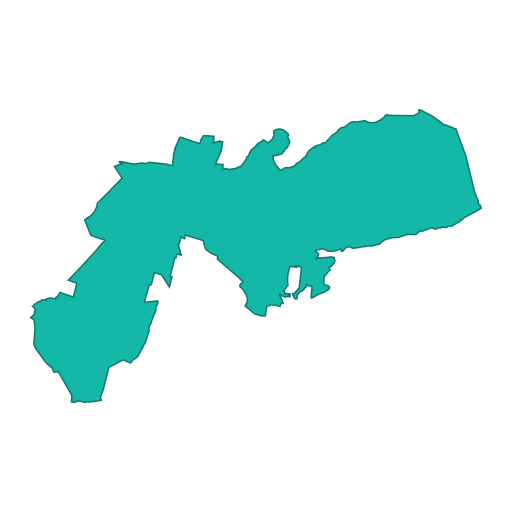 outline of Chalco, México, Mexico
{"feature_id": "50627088B19428409009484", "entity_name": "Chalco", "entity_type": "district", "adm_level": 2, "iso_a3": "MEX", "parent_name": "Mexico", "parent_adm1": "México", "projection": "robinson", "projection_center": [-98.836, 19.238], "detail": "fine", "context": "isolated", "style": "filled", "palette": "teal", "viewbox_px": 512, "rotation_deg": 0, "n_neighbors": 0, "source": "geoboundaries", "source_scale": "gbopen_adm2", "svg_char_len": 6067}
<svg xmlns="http://www.w3.org/2000/svg" viewBox="0 0 512 512"><path d="M246.6,302.9L245.1,305.9L254.7,313.9L262.1,316.0L265.3,315.8L266.8,306.1L267.9,306.1L271.1,304.8L275.0,305.2L280.0,306.5L280.3,304.7L281.4,303.6L282.7,303.5L282.4,303.1L283.0,302.9L281.0,297.3L279.8,296.1L279.6,295.6L279.8,294.4L283.8,296.6L285.7,297.0L286.9,296.5L290.1,296.7L290.0,294.9L289.1,295.4L288.4,294.9L288.4,293.9L290.0,294.1L289.8,293.7L285.1,293.6L284.8,293.5L284.3,291.2L284.3,290.4L284.6,289.9L286.2,287.4L288.2,285.0L287.7,283.5L287.5,277.7L288.4,272.0L290.0,266.5L291.6,266.6L292.2,266.4L292.4,266.7L293.6,266.5L293.9,266.8L294.5,266.4L294.9,266.5L294.9,266.8L295.2,266.6L295.6,267.0L296.0,267.1L295.6,266.6L295.7,266.0L296.8,265.9L298.0,266.5L298.1,266.2L299.2,266.2L299.8,266.3L301.5,267.7L299.2,287.8L294.3,293.4L292.9,293.7L292.5,294.1L293.2,295.9L293.8,296.4L294.0,297.7L294.8,298.6L295.4,298.9L296.7,299.0L297.2,297.2L297.2,295.6L298.1,294.0L299.3,292.3L300.3,291.5L301.0,291.5L302.5,290.7L303.8,289.4L304.8,288.1L305.1,287.4L305.7,287.3L306.8,284.9L312.0,286.9L311.1,296.5L311.3,298.0L312.7,297.2L312.7,297.6L318.4,294.3L324.7,292.0L325.7,291.1L328.0,290.0L329.5,288.4L329.7,287.2L328.6,286.0L326.5,285.1L324.8,285.0L323.7,283.8L324.1,277.9L323.9,276.4L324.6,276.5L325.4,275.2L328.6,271.3L330.2,270.2L329.0,267.5L331.5,266.1L334.5,262.4L334.9,260.7L334.1,257.5L331.2,256.8L330.2,257.2L329.3,257.0L328.9,257.3L326.9,257.4L326.8,257.6L325.6,257.5L324.1,257.8L322.9,257.7L321.2,258.1L319.8,257.8L319.4,258.1L318.4,258.0L316.5,258.5L317.8,256.7L318.6,253.9L315.2,251.0L317.1,250.0L321.9,249.0L324.3,249.2L328.2,251.2L329.5,251.1L329.9,251.3L331.2,251.3L334.3,251.0L341.0,249.0L341.3,249.7L341.3,250.8L341.8,251.4L342.7,251.2L345.4,248.2L347.0,247.1L349.8,246.8L351.5,247.7L353.0,248.2L354.5,248.2L356.5,247.7L359.5,247.4L361.8,246.8L364.2,246.7L366.9,245.9L372.6,245.9L376.4,244.7L379.2,244.3L382.4,241.4L385.7,239.4L391.2,237.8L398.2,237.4L399.6,237.1L404.8,235.1L407.7,234.4L414.8,234.6L415.8,234.4L417.0,233.7L419.0,231.5L420.5,231.1L422.8,231.1L430.9,227.9L431.6,227.9L435.6,229.2L436.3,229.0L437.6,228.0L439.1,227.8L440.8,227.9L441.9,227.1L445.6,227.5L446.8,227.4L447.9,226.2L451.2,226.2L453.1,225.4L459.7,221.5L462.8,219.1L463.2,218.1L472.9,213.1L481.3,208.1L479.9,204.8L477.9,203.3L478.6,201.7L475.0,193.3L465.8,155.8L456.0,129.1L445.6,124.9L444.0,124.7L432.8,116.4L419.7,109.6L418.6,110.4L419.6,112.4L413.8,115.7L389.8,115.4L386.6,114.8L385.6,115.1L384.4,116.8L382.8,118.3L380.2,120.1L376.8,121.8L375.0,122.5L372.7,122.8L370.5,122.8L367.1,121.9L365.1,120.6L357.2,121.9L353.4,121.8L351.5,122.1L348.9,123.6L345.3,126.7L340.5,128.0L339.5,129.2L337.8,130.3L337.3,131.8L334.4,134.0L332.1,135.1L330.0,138.0L327.2,140.7L325.7,142.6L323.0,143.0L322.1,143.3L320.3,144.8L317.4,145.3L315.0,146.2L314.4,147.5L313.9,147.1L310.1,149.9L308.7,151.1L307.9,152.2L307.2,153.2L306.9,154.6L306.3,155.6L304.9,157.2L303.6,158.0L299.4,162.0L296.4,163.6L294.3,166.1L293.4,166.6L292.0,166.6L291.9,166.8L290.0,167.7L289.3,167.9L287.0,167.6L284.9,167.9L283.5,168.7L280.8,170.7L279.1,169.0L275.5,164.4L274.7,163.1L273.5,160.4L272.9,155.7L273.4,155.6L273.6,155.9L280.0,154.5L281.9,153.8L282.6,153.1L282.8,152.3L283.9,151.7L284.7,150.2L285.0,149.2L287.2,147.6L288.2,145.5L288.6,145.5L288.7,144.8L288.5,144.5L289.8,142.2L289.0,139.5L287.6,137.4L288.4,135.4L288.4,134.6L288.1,133.8L284.0,130.3L281.2,129.2L278.7,129.0L276.4,129.5L274.6,130.4L273.8,131.1L273.6,131.9L274.0,132.9L273.8,133.2L274.1,135.2L272.4,139.1L270.3,140.9L269.8,141.9L269.4,141.8L268.1,142.7L263.3,139.8L262.4,140.4L261.6,141.6L260.8,141.8L259.4,142.8L258.8,142.8L258.4,143.5L257.8,143.8L256.1,145.5L254.7,147.4L253.2,148.3L251.7,149.8L250.9,150.1L250.3,151.9L249.3,153.3L249.4,153.8L248.8,155.2L247.8,156.3L247.0,156.8L247.0,157.2L246.3,158.8L243.6,163.2L242.8,163.8L242.1,165.2L241.4,165.6L240.4,166.8L239.1,166.8L237.4,167.5L236.7,168.2L233.2,168.9L229.3,169.3L227.3,169.1L225.5,168.4L223.7,169.3L222.9,169.3L223.0,164.4L221.9,164.6L215.6,163.8L221.3,150.8L222.6,141.9L220.0,141.7L219.9,140.9L213.5,142.9L214.0,136.3L209.0,135.9L203.5,135.6L200.9,139.8L199.9,143.6L193.9,141.8L180.6,137.2L179.7,137.7L176.1,145.8L174.9,148.9L175.1,148.9L173.5,154.7L173.8,154.7L172.9,161.1L172.8,164.6L172.0,165.5L166.7,164.2L149.5,162.3L145.3,163.6L141.5,162.9L138.5,163.6L133.3,164.1L122.1,161.7L119.4,161.6L119.4,162.3L122.6,163.7L122.1,164.1L119.9,164.3L114.5,166.5L122.1,178.2L111.1,189.3L111.1,189.6L97.3,203.3L96.8,207.3L96.1,207.3L96.3,207.3L96.1,208.2L94.2,212.1L90.9,215.5L91.1,215.6L88.2,217.4L88.3,217.5L87.7,218.1L87.4,217.8L84.7,220.0L90.9,235.4L101.9,239.2L104.3,239.3L104.8,240.7L102.6,242.5L98.4,247.7L98.7,247.7L81.0,267.0L68.3,280.1L69.1,280.2L69.9,280.8L76.9,283.2L73.3,297.0L59.9,292.4L57.9,295.9L56.5,297.3L57.1,297.7L55.9,297.4L55.4,298.8L49.9,297.9L45.9,299.2L46.3,300.2L41.7,299.7L40.4,301.7L39.2,301.3L34.7,304.2L33.6,305.9L32.5,306.2L35.2,309.0L34.8,311.5L34.3,312.0L34.6,312.5L34.6,314.0L30.7,317.6L33.8,319.6L34.9,325.4L35.0,329.0L33.8,343.8L35.8,348.7L46.2,363.0L51.4,367.5L51.9,367.3L53.9,372.2L58.3,371.6L71.9,395.6L71.4,402.0L75.0,402.2L76.7,401.3L78.9,401.0L83.2,401.9L84.1,402.4L85.5,402.3L87.7,401.6L89.4,402.1L92.3,401.5L93.1,401.6L101.4,400.3L100.4,397.3L102.9,390.6L104.0,386.8L108.8,367.4L123.0,359.9L130.7,363.0L132.5,360.3L137.6,356.8L145.5,342.0L149.2,330.5L148.8,328.9L149.4,326.0L150.9,323.5L151.0,322.7L153.0,317.6L154.3,313.7L154.6,313.8L156.0,309.9L155.3,309.5L156.5,305.2L157.3,304.9L158.0,301.9L157.3,301.6L157.3,300.9L144.4,302.4L149.1,285.1L149.6,284.9L150.8,285.1L151.3,283.1L151.7,283.3L154.4,272.6L161.6,274.8L169.4,287.0L171.9,276.9L170.1,276.3L174.9,257.6L176.0,257.9L177.0,253.9L181.3,255.2L178.2,244.6L178.9,244.8L181.1,236.7L182.5,237.8L184.6,238.7L185.2,235.1L203.2,240.5L205.5,249.1L210.8,253.1L217.9,256.3L217.3,259.0L240.3,278.9L240.2,279.1L242.4,281.2L242.6,281.9L242.4,282.7L241.7,283.4L240.8,283.7L240.0,284.7L239.8,285.9L240.3,287.1L242.4,288.8L243.2,289.9L246.6,295.4L246.6,296.1L247.5,298.8L247.2,302.8L246.6,302.9Z" fill="#14b8a6" stroke="#0f766e" stroke-width="1.5"/></svg>